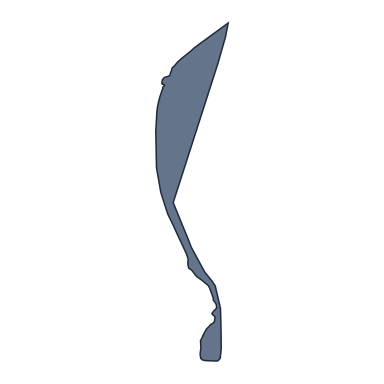 Nukualofa, Tuvalu
{"feature_id": "33948139B78407922275584", "entity_name": "Nukualofa", "entity_type": "district", "adm_level": 2, "iso_a3": "TUV", "parent_name": "Tuvalu", "parent_adm1": "", "projection": "albers", "projection_center": [179.808, -9.373], "detail": "fine", "context": "isolated", "style": "filled", "palette": "slate", "viewbox_px": 384, "rotation_deg": 0, "n_neighbors": 0, "source": "geoboundaries", "source_scale": "gbopen_adm2", "svg_char_len": 1360}
<svg xmlns="http://www.w3.org/2000/svg" viewBox="0 0 384 384"><path d="M228.2,23.0L201.5,42.5L194.2,47.9L191.0,50.9L181.9,58.2L178.0,61.6L173.9,66.4L172.1,68.0L171.5,70.4L170.6,72.7L170.1,74.2L169.8,75.5L169.0,75.9L167.4,76.6L166.1,76.9L164.4,77.5L163.5,78.4L162.4,79.8L162.0,81.8L161.8,83.3L162.4,84.2L163.1,84.3L163.9,84.4L164.5,85.0L164.3,85.6L163.1,86.7L162.8,87.5L162.8,88.2L159.9,96.7L158.8,100.8L157.4,107.4L156.9,111.4L155.8,131.2L156.2,154.2L156.5,167.8L160.8,192.4L167.7,213.9L173.5,225.9L176.8,233.2L186.8,254.6L188.2,259.6L187.8,261.7L188.0,265.3L188.8,268.3L190.8,269.5L192.1,270.7L194.1,273.3L196.7,276.6L199.7,278.7L202.0,280.4L205.4,283.2L208.5,285.8L209.5,287.9L210.4,290.2L211.6,293.4L213.1,297.7L213.4,300.3L215.4,302.8L216.3,304.8L216.6,307.8L215.6,309.3L213.6,311.1L211.9,313.5L212.8,314.8L214.5,316.2L214.9,317.5L214.9,319.3L214.5,321.0L214.0,322.1L212.8,323.3L210.9,324.3L208.5,327.0L206.6,328.8L205.0,331.6L203.2,335.0L201.8,338.2L200.5,340.6L200.9,347.8L200.5,350.7L200.1,354.2L200.7,358.3L202.2,359.8L205.2,360.6L210.5,360.8L215.1,361.0L217.7,361.0L219.1,359.6L219.9,358.7L220.4,357.7L220.4,355.9L220.8,353.4L221.2,348.4L221.1,335.2L220.9,322.5L220.5,308.5L215.2,285.8L211.7,280.7L204.6,271.8L191.2,247.1L188.8,240.8L173.2,202.6L184.2,168.4L218.0,63.2L225.5,36.9L228.2,23.0Z" fill="#64748b" stroke="#1e293b" stroke-width="1.5"/></svg>